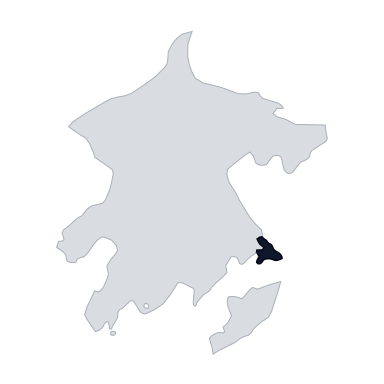 Azerbaijan, with Zəngilan highlighted, rotated 274°
{"feature_id": "AZE-1740", "entity_name": "Zəngilan", "entity_type": "District", "adm_level": 1, "iso_a3": "AZE", "parent_name": "Azerbaijan", "parent_adm1": "", "projection": "equal_earth", "projection_center": [46.619, 39.055], "detail": "fine", "context": "in_parent", "style": "filled", "palette": "ink", "viewbox_px": 384, "rotation_deg": 274, "n_neighbors": 0, "source": "natural_earth", "source_scale": "10m", "svg_char_len": 3890}
<svg xmlns="http://www.w3.org/2000/svg" viewBox="0 0 384 384"><g transform="rotate(274 192 192)"><path d="M268.1,320.4L266.4,320.3L254.6,323.2L252.1,322.3L241.9,308.9L239.8,307.4L235.4,306.8L232.8,304.7L230.7,301.1L229.5,298.4L219.0,291.2L217.4,288.6L217.2,286.3L218.7,284.2L220.5,282.4L225.6,280.6L231.5,279.1L233.4,278.0L234.4,276.0L234.3,273.0L233.3,270.0L224.7,264.5L223.8,262.1L223.5,259.2L223.9,256.2L225.2,253.8L232.2,250.6L235.9,247.3L233.5,243.5L226.0,235.1L217.0,225.7L211.1,225.7L204.2,228.4L193.3,236.3L187.2,239.7L179.3,245.4L170.7,251.6L163.7,258.3L159.3,263.8L151.4,266.2L147.4,270.9L134.3,284.7L130.6,284.6L130.4,277.7L130.5,272.2L129.7,269.1L125.5,264.8L125.4,262.9L126.6,261.8L129.8,262.5L134.0,262.2L136.0,260.5L131.5,254.9L127.5,251.1L124.2,248.5L123.4,247.0L123.4,245.9L124.1,244.6L129.9,241.5L130.5,238.7L130.1,235.5L120.9,230.8L114.1,232.5L107.9,227.2L104.0,223.1L99.0,218.8L94.7,216.4L90.5,210.9L83.2,205.2L78.5,203.6L78.5,202.8L79.4,201.7L81.4,200.9L94.4,201.1L96.0,200.1L96.8,197.6L98.6,194.1L100.7,188.8L100.6,184.4L87.5,177.2L78.0,170.6L71.5,162.0L67.1,154.0L67.3,151.4L68.6,148.9L78.8,141.6L79.4,139.7L79.2,138.4L75.6,134.7L71.1,130.9L69.7,128.1L66.9,126.6L61.4,126.5L51.9,121.8L49.9,121.4L49.5,120.4L49.9,119.5L56.7,117.6L56.7,116.0L54.6,113.9L50.8,112.4L47.3,108.7L46.1,105.3L58.4,95.5L62.1,93.5L70.1,95.3L86.7,101.9L85.5,105.5L87.2,107.5L91.0,110.3L98.4,113.1L104.6,114.5L107.7,113.3L112.5,112.3L118.7,115.5L124.4,119.6L127.3,121.3L128.8,121.8L133.2,120.4L138.4,115.1L140.5,108.7L141.0,105.6L138.0,101.4L131.7,96.8L124.7,92.8L120.2,89.2L117.3,82.2L114.4,81.4L113.7,80.5L113.2,78.1L113.4,74.8L114.4,72.2L117.2,71.1L120.1,70.7L122.7,68.3L125.9,63.5L127.3,60.8L133.4,62.3L134.2,66.6L135.3,67.5L137.8,67.0L142.0,65.2L145.4,66.6L149.7,71.7L155.7,77.1L158.9,80.8L160.2,83.3L163.2,85.7L167.7,88.6L171.3,93.1L174.5,103.5L177.7,106.0L189.2,109.9L193.3,110.7L204.6,112.2L208.6,111.1L214.3,102.1L219.5,92.9L224.4,90.9L233.2,86.4L238.5,82.2L240.6,77.7L245.5,69.1L248.6,64.2L253.8,68.5L263.0,80.2L276.0,99.2L279.3,104.5L281.4,110.8L283.3,118.3L286.3,125.0L299.7,141.9L305.4,148.2L314.8,156.3L318.1,158.1L322.5,158.6L330.4,158.6L337.8,161.8L341.4,164.0L345.2,167.2L348.6,171.0L352.2,180.9L339.4,177.6L326.6,178.2L319.4,180.3L312.4,183.2L305.7,187.3L301.6,195.4L298.3,214.0L293.3,231.4L293.6,239.5L296.0,247.3L295.8,251.0L293.4,252.6L290.4,255.9L286.6,272.0L284.7,275.2L282.2,277.2L281.4,275.3L281.5,271.1L275.9,267.3L272.9,271.5L271.0,280.4L266.9,289.7L266.7,291.5L268.1,320.4ZM77.1,155.7L77.7,153.2L76.1,152.1L74.4,152.0L73.0,153.3L72.9,156.4L75.0,156.9L77.1,155.7ZM34.6,228.3L32.7,225.7L31.8,224.3L37.5,223.1L46.9,219.6L49.5,221.3L52.2,224.8L53.6,227.8L53.8,233.4L54.9,234.3L59.5,232.4L61.6,234.7L65.1,237.4L71.2,240.0L80.1,235.9L84.5,234.8L88.1,234.9L90.1,236.2L90.7,240.5L90.0,245.9L89.0,248.8L90.8,250.9L98.1,256.1L101.1,259.0L99.6,264.0L105.0,276.1L106.8,280.9L108.9,286.8L97.8,284.5L77.8,279.5L72.3,277.0L67.2,270.2L64.1,266.9L59.5,262.7L55.8,261.1L53.0,258.2L51.4,253.9L49.0,250.0L44.9,245.4L35.8,229.9L34.6,228.3ZM47.2,125.0L46.0,125.8L44.1,125.0L43.5,123.1L43.7,121.1L45.6,120.6L47.1,121.2L47.5,123.0L47.2,125.0Z" fill="#d9dde1" stroke="#a8b0b8" stroke-width="1"/><path d="M132.0,263.5L132.7,263.4L135.3,261.4L136.5,261.4L137.0,261.1L136.8,260.6L138.6,260.8L139.2,266.3L141.6,267.7L143.2,265.3L145.1,263.0L147.4,261.5L149.7,260.2L151.7,262.8L152.2,264.9L151.3,265.7L150.6,266.6L149.1,269.2L148.8,269.7L148.3,270.1L147.3,270.6L146.9,271.0L146.2,272.1L145.2,274.4L144.3,275.4L141.0,277.1L139.9,278.0L139.1,279.0L137.5,282.5L136.8,283.6L136.0,284.5L135.2,285.2L134.2,285.8L133.0,286.4L131.9,286.4L129.9,282.1L129.7,281.2L129.6,280.3L129.7,279.3L129.9,278.4L130.0,278.2L130.8,275.5L131.0,273.4L130.7,271.3L129.9,268.8L128.6,267.6L126.6,266.5L125.2,265.0L125.1,262.7L126.4,261.4L128.5,261.7L132.0,263.5Z" fill="#0f172a" stroke="#020617" stroke-width="1.5"/></g></svg>